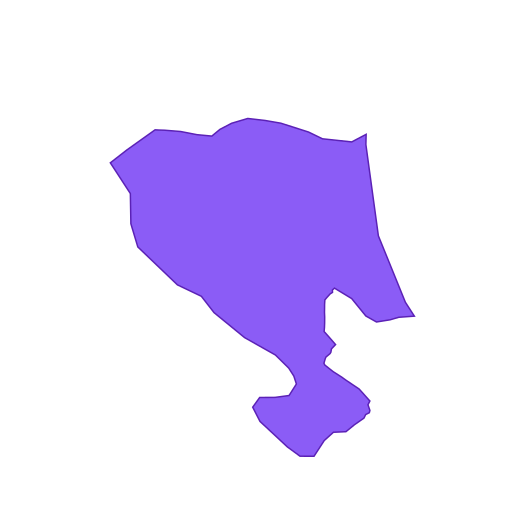 Calabar South, Cross River, Nigeria (Equal Earth projection), rotated 117°
{"feature_id": "59680162B50827827535662", "entity_name": "Calabar South", "entity_type": "district", "adm_level": 2, "iso_a3": "NGA", "parent_name": "Nigeria", "parent_adm1": "Cross River", "projection": "equal_earth", "projection_center": [8.325, 4.916], "detail": "fine", "context": "isolated", "style": "filled", "palette": "violet", "viewbox_px": 512, "rotation_deg": 117, "n_neighbors": 0, "source": "geoboundaries", "source_scale": "gbopen_adm2", "svg_char_len": 1156}
<svg xmlns="http://www.w3.org/2000/svg" viewBox="0 0 512 512"><g transform="rotate(117 256 256)"><path d="M333.5,88.7L327.7,103.7L325.8,119.5L325.5,121.4L325.0,124.5L324.0,134.8L321.9,145.2L320.7,146.8L315.9,147.7L314.3,147.8L309.3,145.7L307.7,145.6L304.5,146.6L298.8,144.9L294.7,155.0L292.4,161.0L288.7,162.5L284.6,164.4L279.2,167.1L275.1,169.4L271.0,171.4L268.0,172.9L263.9,174.7L261.2,174.1L256.0,172.7L253.7,171.3L251.6,172.5L249.0,171.5L250.5,151.4L259.6,130.9L260.1,118.7L252.0,107.6L245.8,101.0L237.7,87.6L229.4,101.9L182.5,156.1L106.8,208.7L97.6,213.1L110.9,222.5L121.4,250.0L121.7,265.5L126.4,294.2L131.1,309.4L137.2,325.8L148.8,338.0L159.5,345.6L169.2,349.8L174.7,363.7L179.3,379.7L185.4,394.5L187.8,399.6L189.4,403.2L219.9,419.1L239.1,428.1L257.4,396.3L284.1,382.1L301.6,365.4L317.4,312.9L316.7,286.4L325.5,267.7L333.9,229.1L335.4,193.7L341.0,176.0L345.8,167.8L351.7,161.9L365.3,163.2L373.3,174.8L380.4,188.5L392.2,190.3L401.6,177.3L411.9,141.3L414.4,125.9L408.1,113.4L389.4,111.4L377.9,107.0L371.7,96.1L361.7,91.7L351.4,86.2L347.5,86.3L344.2,83.9L341.9,84.4L337.7,88.7L333.5,88.7Z" fill="#8b5cf6" stroke="#5b21b6" stroke-width="1.5"/></g></svg>